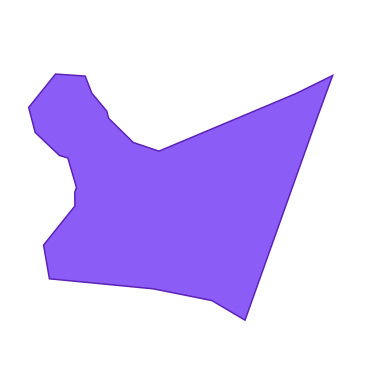 outline of Ad Dakhliyah, rotated 263°
{"feature_id": "OMN-2404", "entity_name": "Ad Dakhliyah", "entity_type": "Region", "adm_level": 1, "iso_a3": "OMN", "parent_name": "Oman", "parent_adm1": "", "projection": "mercator", "projection_center": [57.794, 22.3], "detail": "fine", "context": "isolated", "style": "filled", "palette": "violet", "viewbox_px": 384, "rotation_deg": 263, "n_neighbors": 0, "source": "natural_earth", "source_scale": "10m", "svg_char_len": 447}
<svg xmlns="http://www.w3.org/2000/svg" viewBox="0 0 384 384"><g transform="rotate(263 192 192)"><path d="M265.9,267.8L277.2,307.6L290.5,345.8L252.9,326.5L58.3,229.0L81.8,198.5L100.6,141.8L123.2,39.9L157.4,38.2L192.4,74.1L206.1,75.6L210.6,77.9L240.9,72.9L244.4,64.9L270.2,43.6L295.8,40.2L325.7,70.9L320.1,100.1L302.3,104.6L282.6,117.3L275.4,118.2L248.3,139.7L236.6,164.1L265.9,267.8Z" fill="#8b5cf6" stroke="#5b21b6" stroke-width="1.5"/></g></svg>